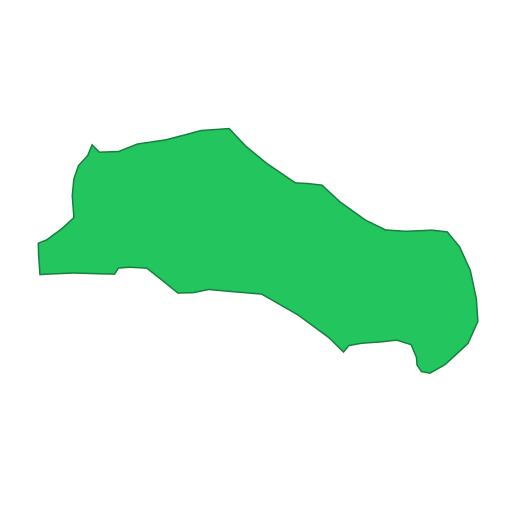 the Statistical Region of Karbinci, rotated 176°
{"feature_id": "MKD-2934", "entity_name": "Karbinci", "entity_type": "Statistical Region", "adm_level": 1, "iso_a3": "MKD", "parent_name": "North Macedonia", "parent_adm1": "", "projection": "robinson", "projection_center": [22.284, 41.787], "detail": "fine", "context": "isolated", "style": "filled", "palette": "green", "viewbox_px": 512, "rotation_deg": 176, "n_neighbors": 0, "source": "natural_earth", "source_scale": "10m", "svg_char_len": 891}
<svg xmlns="http://www.w3.org/2000/svg" viewBox="0 0 512 512"><g transform="rotate(176 256 256)"><path d="M90.6,127.0L99.0,129.1L103.0,136.0L103.0,143.6L107.4,156.7L121.5,162.3L137.3,161.6L156.6,161.6L169.6,160.2L175.4,154.1L188.7,169.2L218.0,194.1L253.0,217.6L280.1,221.8L305.5,225.9L321.2,223.8L336.5,224.5L352.8,239.7L365.8,251.5L382.7,253.6L394.0,253.6L398.3,247.8L412.7,249.1L439.3,251.8L467.0,252.5L472.8,252.5L472.8,271.9L472.3,283.9L463.7,286.7L447.8,296.8L435.0,307.0L435.1,328.8L432.4,345.3L426.8,358.5L416.9,367.9L411.8,378.3L405.0,370.5L385.9,369.8L366.4,376.0L337.6,378.2L302.0,385.0L273.9,385.0L258.7,366.4L238.9,347.7L211.7,326.2L200.0,324.8L185.3,322.1L168.4,304.1L144.1,284.0L125.0,273.0L105.2,270.2L78.7,269.5L63.5,266.7L52.2,250.8L43.2,226.6L39.2,198.2L39.2,175.4L50.6,154.0L71.9,136.9L74.8,134.6L90.6,127.0Z" fill="#22c55e" stroke="#15803d" stroke-width="1.5"/></g></svg>